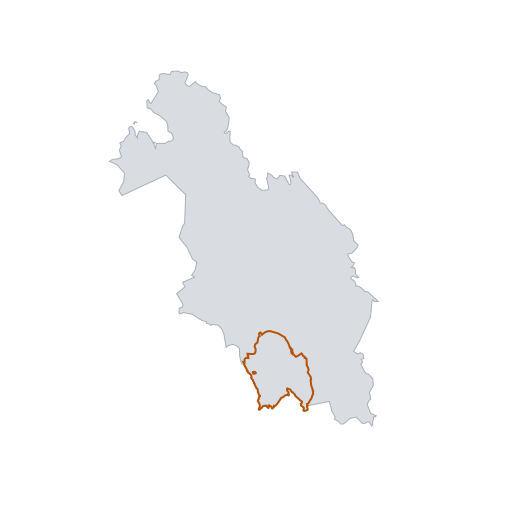 Almaty highlighted on a map of Kazakhstan, rotated 60°
{"feature_id": "KAZ-3207", "entity_name": "Almaty", "entity_type": "Region", "adm_level": 1, "iso_a3": "KAZ", "parent_name": "Kazakhstan", "parent_adm1": "", "projection": "natural_earth1", "projection_center": [78.658, 44.747], "detail": "fine", "context": "in_parent", "style": "outline", "palette": "amber", "viewbox_px": 512, "rotation_deg": 60, "n_neighbors": 0, "source": "natural_earth", "source_scale": "10m", "svg_char_len": 8686}
<svg xmlns="http://www.w3.org/2000/svg" viewBox="0 0 512 512"><g transform="rotate(60 256 256)"><path d="M293.7,329.6L291.2,330.6L289.8,332.4L288.1,331.8L284.6,335.2L274.6,340.4L268.4,347.6L268.1,351.0L266.5,351.0L262.7,348.5L263.5,345.6L261.7,343.4L248.9,343.6L247.2,332.9L242.1,332.8L243.6,319.8L240.5,321.3L237.6,315.6L231.7,310.4L226.8,312.5L214.1,311.5L201.3,313.3L193.3,304.4L192.0,301.5L167.9,286.3L140.8,293.6L136.6,341.8L130.9,342.1L125.5,333.3L118.3,328.4L107.0,330.9L100.7,335.7L100.7,331.5L102.8,327.2L103.0,322.9L95.9,321.4L93.3,317.6L90.0,317.4L90.5,313.4L88.4,309.9L86.7,304.1L81.7,302.4L81.1,300.6L81.7,299.0L82.9,298.5L87.6,298.4L90.7,300.1L94.5,299.7L92.2,298.5L89.6,294.6L94.4,288.9L104.8,288.3L112.7,289.2L108.6,286.1L113.2,278.1L112.8,274.4L114.2,271.9L113.4,269.4L112.0,268.2L107.7,267.7L103.9,269.8L98.9,267.2L94.5,266.2L86.5,269.1L80.6,272.8L75.0,273.8L74.9,275.2L74.2,274.9L73.3,275.5L73.5,276.2L67.5,273.2L66.6,272.1L66.9,271.0L70.5,271.4L71.4,270.5L64.9,258.4L58.2,257.2L56.1,258.0L54.5,255.3L54.7,251.7L51.0,249.3L50.7,247.3L52.1,244.3L56.0,239.9L54.1,237.1L54.6,235.3L57.0,230.9L59.8,229.0L61.1,225.5L63.1,223.8L65.1,224.1L70.4,230.8L71.4,231.2L74.8,229.9L75.8,228.8L74.7,221.1L76.5,221.3L82.1,218.1L84.2,215.1L87.5,214.5L92.7,212.1L98.2,206.9L101.7,208.0L103.2,210.2L105.9,210.1L112.3,207.2L115.4,210.1L123.0,210.1L130.3,215.7L132.7,219.0L132.9,221.5L133.7,222.1L134.8,220.5L134.2,216.9L135.2,216.1L141.9,220.5L145.0,221.5L148.8,219.9L149.9,218.2L153.6,216.0L154.9,216.5L158.9,215.4L162.9,217.6L165.1,217.2L167.1,215.0L172.3,215.4L177.0,220.1L182.6,221.0L183.2,222.7L186.2,221.5L188.9,218.1L192.4,220.3L197.6,220.1L202.2,218.0L204.5,213.3L204.3,212.1L202.5,210.6L193.9,207.9L193.2,206.4L189.9,204.4L194.0,201.9L196.5,201.6L199.9,199.3L198.1,195.0L201.1,191.2L210.2,191.6L211.3,190.8L210.7,189.5L207.4,188.0L202.9,187.3L202.6,186.6L203.4,185.3L206.5,184.3L205.9,183.6L203.7,184.0L201.1,183.1L204.1,178.1L210.8,179.0L235.9,173.5L240.4,173.4L242.0,174.1L243.6,171.9L246.0,170.5L253.3,170.0L272.3,166.1L273.2,165.2L272.9,163.8L276.0,163.3L280.5,161.0L285.5,161.4L292.0,163.8L297.5,162.0L299.1,164.2L301.5,170.8L301.0,173.8L300.0,175.1L300.4,175.7L302.7,176.3L309.3,175.7L311.1,174.2L313.0,176.8L313.5,179.1L314.8,178.4L314.7,177.2L315.3,176.6L318.1,177.0L321.1,178.9L325.9,177.8L325.5,179.2L321.8,182.0L321.5,183.4L322.7,185.3L327.2,183.1L330.6,183.6L331.9,184.8L333.0,182.7L336.7,180.5L340.5,179.7L342.1,178.7L342.7,177.2L356.4,172.8L354.6,176.5L352.3,176.4L352.9,178.0L366.3,187.5L382.1,209.9L387.3,219.1L391.7,216.9L391.9,213.9L394.7,212.5L398.6,213.8L398.1,216.6L401.3,216.8L402.1,219.5L412.3,219.7L414.9,217.6L420.8,216.3L426.8,219.1L430.7,225.9L437.4,228.2L437.6,230.3L440.0,233.9L449.6,235.4L454.4,231.8L455.0,232.9L454.0,234.6L455.9,235.5L457.9,238.1L460.3,239.0L461.3,240.7L456.1,241.1L455.4,242.6L455.4,245.7L453.7,247.8L445.7,249.7L443.7,255.7L445.2,264.3L443.6,266.8L441.0,267.1L436.5,269.8L435.3,267.9L428.7,268.0L418.6,265.2L411.6,285.8L411.7,286.8L414.7,288.0L414.8,289.7L413.8,291.9L411.2,290.7L407.9,291.5L405.3,289.0L388.5,293.5L386.6,295.1L387.9,296.2L390.5,296.1L392.9,297.3L391.6,299.4L391.6,305.4L394.8,312.3L395.0,315.7L396.2,317.6L395.8,318.4L394.4,318.0L392.1,319.1L392.0,320.1L393.7,321.4L390.2,323.2L389.8,324.6L390.8,329.7L390.3,330.3L387.3,327.4L382.1,326.5L379.0,322.7L356.7,320.1L344.8,320.5L342.7,322.1L339.9,321.9L334.2,320.0L327.9,316.6L325.2,317.2L321.1,319.7L319.6,325.0L320.3,327.5L307.7,322.9L302.4,322.1L297.1,323.2L293.2,328.4L293.7,329.6ZM81.0,295.5L80.0,295.8L79.1,294.4L79.6,293.0L80.5,292.5L79.6,294.2L81.0,295.5ZM107.4,288.2L106.6,288.0L106.2,287.4L107.4,286.8L107.4,288.2Z" fill="#d9dde1" stroke="#a8b0b8" stroke-width="1"/><path d="M411.4,286.3L411.4,286.6L411.8,287.1L412.1,287.3L413.7,287.5L414.7,287.9L414.9,288.1L414.9,288.6L414.9,289.1L414.8,290.3L414.5,291.3L414.0,292.0L413.4,292.1L412.9,291.8L412.0,290.9L411.5,290.6L411.0,290.5L410.4,290.7L408.5,291.6L407.9,291.7L407.5,291.5L407.3,291.3L407.2,291.2L406.5,291.1L406.3,291.0L406.3,290.8L406.3,290.5L406.2,290.1L406.0,289.6L405.7,289.2L405.4,289.1L405.0,289.0L404.5,289.2L403.7,289.7L399.7,290.9L398.8,291.3L398.4,291.5L397.9,291.5L396.7,291.9L396.4,291.9L395.6,291.7L395.1,291.7L393.4,292.2L392.7,292.2L392.3,292.4L392.1,292.8L391.9,293.0L391.7,293.0L390.9,293.0L390.2,293.2L389.4,293.1L389.0,293.1L388.5,293.3L388.2,293.7L387.1,294.5L386.7,294.7L386.5,294.8L386.3,295.2L386.6,295.5L387.8,296.3L388.3,296.3L390.2,295.9L390.4,296.0L390.6,296.1L391.2,296.4L392.8,297.0L393.0,297.1L393.1,297.3L393.0,297.5L392.8,297.6L392.2,297.7L391.8,297.9L391.6,298.1L391.6,298.4L391.8,298.6L391.9,298.9L391.7,299.2L391.4,300.2L391.4,300.7L391.4,301.2L391.8,303.1L391.8,303.6L391.5,304.5L391.5,305.0L391.5,305.3L391.7,305.5L392.0,305.8L392.1,306.0L392.2,306.4L392.2,306.7L392.4,307.0L392.5,307.3L392.9,307.8L394.2,310.7L395.4,313.7L395.4,314.1L395.2,314.5L394.7,315.4L394.9,315.6L395.2,315.7L395.7,315.9L395.8,316.1L395.9,316.3L395.9,316.6L395.9,316.8L396.0,317.1L396.2,317.5L396.3,317.8L396.2,318.0L395.9,318.4L395.6,318.4L395.4,318.3L394.9,318.0L394.5,318.0L394.0,318.1L393.2,318.7L392.3,319.1L391.9,319.3L391.7,319.7L391.9,320.0L392.3,320.3L393.0,320.6L393.5,320.7L393.7,320.8L393.8,321.0L393.8,321.3L393.5,321.4L393.0,321.5L392.2,321.8L391.5,322.1L391.4,322.1L391.0,322.0L390.8,322.0L390.6,322.1L390.4,322.5L390.2,323.2L390.0,323.6L389.7,324.2L389.6,324.4L389.5,324.7L389.6,324.9L389.7,325.1L389.8,325.6L389.9,325.8L390.2,326.2L390.3,326.4L390.3,326.6L390.2,326.7L390.1,327.0L390.4,328.2L390.4,328.4L390.5,328.6L390.7,328.8L390.9,329.7L390.8,330.0L390.7,330.1L390.3,330.4L389.8,330.1L389.5,329.7L389.2,329.3L388.9,328.8L388.2,328.3L387.8,327.7L387.7,327.5L387.2,327.3L384.9,326.8L384.5,326.8L383.6,326.9L382.6,326.9L382.1,326.7L381.8,326.3L381.3,325.3L381.0,324.9L380.2,324.6L379.8,324.2L379.7,324.0L379.6,323.7L379.5,323.2L379.5,322.7L379.2,322.5L378.8,322.5L378.0,322.9L377.6,322.9L377.2,322.8L376.5,322.7L375.7,322.4L374.4,322.3L374.2,322.2L373.9,321.9L373.4,321.7L372.4,321.3L371.7,321.3L371.3,321.3L371.1,321.4L370.7,321.6L370.3,321.7L369.9,321.5L369.6,321.5L369.2,321.5L368.7,321.5L367.6,321.6L367.1,321.5L366.5,321.2L366.3,321.1L366.1,321.1L365.8,321.1L365.7,321.2L365.6,321.3L365.3,321.4L365.2,321.3L365.1,321.2L364.3,320.9L363.6,320.9L363.4,320.9L362.8,321.2L362.7,321.2L362.3,320.9L362.1,320.8L361.7,320.8L361.4,320.7L361.2,320.7L361.1,320.8L360.6,321.0L360.3,321.1L359.3,320.9L359.1,320.9L358.9,320.9L358.7,320.9L358.6,320.7L358.3,320.3L358.2,320.3L357.8,320.1L356.6,319.9L356.4,319.9L356.2,319.9L355.8,320.0L355.3,320.1L355.1,320.1L354.9,320.2L354.7,320.5L354.4,320.5L354.2,320.6L353.8,320.8L353.6,320.9L353.2,320.9L352.8,321.0L352.6,321.1L352.3,321.0L351.7,320.8L351.3,320.9L351.0,321.2L350.8,321.2L350.7,321.2L350.5,320.9L350.3,320.9L350.1,321.0L349.1,320.7L348.2,320.7L347.4,320.6L347.1,320.6L346.5,320.8L346.2,320.8L345.4,320.6L345.0,320.5L344.5,320.5L344.1,320.2L342.1,320.0L342.9,319.5L342.0,318.8L340.8,318.3L339.9,317.6L339.6,317.2L339.5,316.8L339.4,316.4L339.2,315.8L339.9,314.5L340.6,313.6L339.8,313.1L338.8,313.1L338.5,312.7L338.1,312.9L337.3,312.7L336.4,312.3L339.1,308.2L339.6,307.1L339.7,305.6L338.9,304.6L337.9,303.7L336.1,302.8L333.8,302.5L332.3,301.2L331.8,299.9L331.7,298.1L327.8,294.8L327.3,293.9L327.2,292.8L326.2,292.6L325.2,292.6L324.3,291.3L324.7,290.2L327.2,290.1L327.0,289.4L326.8,288.7L326.6,286.6L327.0,283.5L328.3,281.1L334.3,275.4L340.9,271.7L343.3,271.9L345.9,271.6L348.6,271.7L350.3,272.1L350.9,272.1L351.0,272.2L352.0,272.4L352.2,272.6L352.3,272.6L352.3,272.4L352.4,272.2L352.5,272.0L353.1,271.8L353.7,271.9L354.0,271.9L354.4,271.7L354.4,271.8L354.4,272.0L354.4,272.4L354.7,272.5L355.7,272.9L356.2,273.2L356.5,273.3L356.3,273.0L355.8,272.5L355.5,272.1L355.4,271.7L355.6,271.6L355.8,271.7L356.3,272.2L356.4,272.3L356.5,272.3L356.9,272.2L357.4,272.2L357.8,272.3L358.2,272.6L358.6,273.1L358.5,273.3L358.8,273.5L359.5,273.3L359.6,273.1L359.7,272.9L359.9,272.7L360.1,272.6L360.3,272.5L361.2,272.5L361.9,272.2L362.2,272.2L362.4,272.1L363.3,271.8L363.4,270.0L363.1,265.3L363.9,265.0L365.9,265.3L366.9,264.6L367.9,264.2L368.5,264.8L370.2,263.6L373.1,265.1L373.9,265.7L374.9,265.8L375.6,266.7L377.1,266.8L378.0,266.7L380.7,267.2L382.6,269.4L388.0,269.1L390.5,270.0L390.5,270.5L391.3,271.0L395.7,272.9L398.6,273.5L399.7,273.5L400.4,273.9L400.7,274.2L401.8,274.1L402.2,274.4L402.2,274.7L404.2,275.5L404.6,276.5L407.4,279.7L408.2,281.8L409.2,283.1L409.8,284.6L409.7,285.9L411.2,286.4L411.4,286.3L411.4,286.3ZM356.5,317.2L356.9,316.8L357.2,315.9L357.3,314.7L356.9,314.5L356.3,314.6L355.9,314.9L355.5,315.4L355.2,315.9L354.9,316.2L354.9,316.8L355.3,317.1L355.9,317.0L356.5,317.2Z" fill="none" stroke="#b45309" stroke-width="2"/></g></svg>